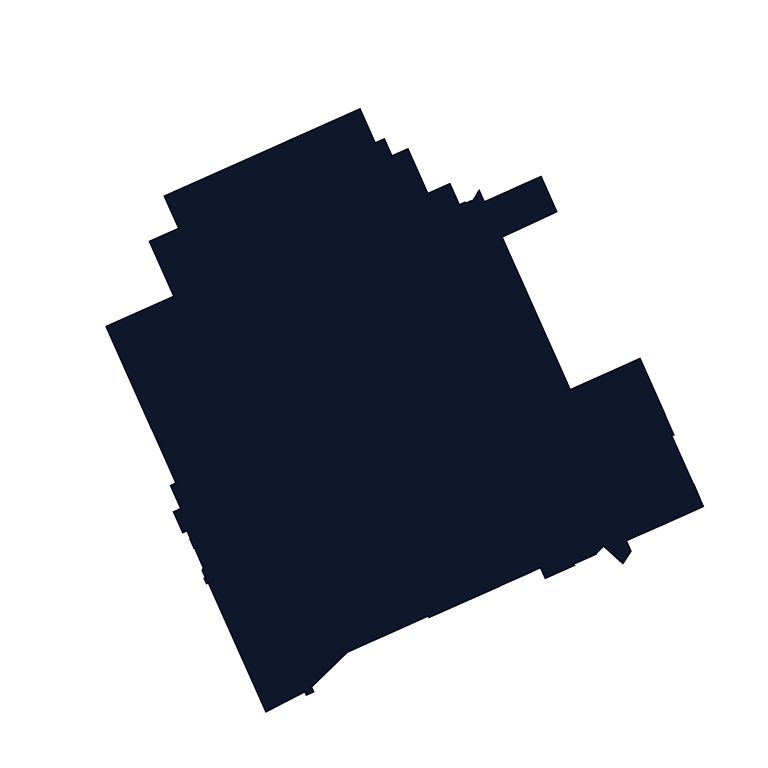 Mingenew, Western Australia, Australia, rotated 336°
{"feature_id": "25037944B46578815208654", "entity_name": "Mingenew", "entity_type": "district", "adm_level": 2, "iso_a3": "AUS", "parent_name": "Australia", "parent_adm1": "Western Australia", "projection": "robinson", "projection_center": [115.511, -29.145], "detail": "fine", "context": "isolated", "style": "filled", "palette": "ink", "viewbox_px": 768, "rotation_deg": 336, "n_neighbors": 0, "source": "geoboundaries", "source_scale": "gbopen_adm2", "svg_char_len": 2379}
<svg xmlns="http://www.w3.org/2000/svg" viewBox="0 0 768 768"><g transform="rotate(336 384 384)"><path d="M153.5,230.1L153.5,316.8L153.5,321.3L153.5,330.2L153.6,330.5L153.7,330.8L153.7,374.2L153.6,389.9L147.7,390.0L147.7,410.6L147.7,414.8L147.7,415.2L139.7,415.2L139.7,438.0L144.2,438.0L144.3,438.0L144.3,446.6L143.7,446.6L143.7,457.0L144.5,457.0L144.5,457.7L144.5,458.0L144.4,458.2L144.3,458.4L144.3,465.3L144.3,465.5L144.3,468.5L144.2,468.5L144.2,478.6L142.3,480.1L142.1,480.8L142.1,484.2L142.1,488.4L140.6,488.4L140.7,494.2L142.7,494.2L142.7,504.6L142.8,612.4L142.8,635.5L162.2,634.3L176.8,633.5L186.5,632.9L186.5,636.6L194.5,636.6L194.5,631.3L208.5,626.1L217.9,622.7L231.9,617.5L241.2,614.1L255.5,614.0L265.0,614.0L284.0,614.0L302.9,614.0L317.2,613.9L326.7,613.9L330.2,613.9L330.2,615.6L370.1,615.6L370.4,615.6L370.7,615.6L389.3,615.7L407.0,615.7L408.2,615.6L408.7,615.5L428.2,615.6L442.9,615.6L443.1,615.5L443.2,615.4L452.1,615.4L452.3,615.3L452.3,627.1L468.5,627.1L484.0,627.1L483.0,625.7L483.3,625.7L508.6,625.7L508.6,625.1L517.8,621.7L518.6,621.0L523.1,631.2L527.8,642.1L528.0,642.1L529.3,645.1L541.6,637.2L541.6,634.2L541.6,625.9L541.6,625.7L541.8,625.7L547.1,625.7L553.5,625.7L568.0,625.8L570.3,625.8L575.8,625.8L582.7,625.9L587.4,625.9L595.8,625.8L600.6,625.8L607.7,625.8L621.8,625.8L625.9,625.7L625.9,617.0L626.0,617.0L626.3,601.3L625.9,600.8L625.8,559.7L625.8,559.0L625.8,548.0L627.8,548.0L628.0,548.2L628.0,547.8L628.1,526.9L628.3,526.9L628.3,511.6L628.3,511.4L628.3,464.8L598.1,464.9L574.1,464.9L551.8,465.0L551.8,460.7L551.8,441.9L551.8,434.6L551.7,413.2L551.7,372.2L551.7,353.8L551.7,349.6L551.6,322.2L551.6,297.8L557.4,297.7L608.5,296.9L611.9,296.8L611.9,272.5L611.9,258.3L584.8,258.3L580.3,258.4L549.7,258.4L549.7,245.9L547.7,247.0L543.9,250.1L538.8,253.1L538.1,253.5L538.1,252.1L531.8,252.1L531.8,250.9L525.7,250.9L525.7,227.8L512.1,227.8L501.5,227.8L501.5,178.9L492.8,178.9L484.0,178.9L484.0,160.2L474.0,160.2L474.0,122.9L467.2,122.9L443.7,122.9L421.4,122.9L398.8,122.9L388.7,123.0L364.5,123.0L362.5,123.0L358.5,123.0L354.4,123.0L345.1,123.0L336.2,123.0L327.3,123.0L326.7,123.0L315.7,123.0L310.9,123.0L285.3,123.0L276.8,123.0L259.7,123.0L259.8,158.3L242.8,158.3L227.7,158.3L227.7,190.8L227.7,218.4L226.7,218.4L215.3,218.4L202.0,218.4L192.4,218.4L178.0,218.4L163.7,218.4L153.5,218.4L153.5,230.1Z" fill="#0f172a" stroke="#020617" stroke-width="1.5"/></g></svg>